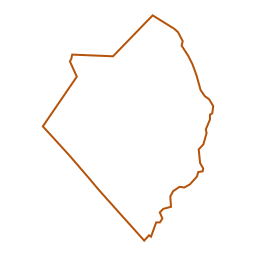 outline of Robeson, North Carolina, United States of America
{"feature_id": "52423323B67039522895977", "entity_name": "Robeson", "entity_type": "district", "adm_level": 2, "iso_a3": "USA", "parent_name": "United States of America", "parent_adm1": "North Carolina", "projection": "equal_earth", "projection_center": [-79.076, 34.626], "detail": "fine", "context": "isolated", "style": "outline", "palette": "amber", "viewbox_px": 256, "rotation_deg": 0, "n_neighbors": 0, "source": "geoboundaries", "source_scale": "gbopen_adm2", "svg_char_len": 915}
<svg xmlns="http://www.w3.org/2000/svg" viewBox="0 0 256 256"><path d="M152.7,15.4L150.5,17.6L146.5,21.7L119.4,49.7L113.0,56.3L72.4,54.6L72.2,54.6L71.3,58.9L69.9,61.4L76.8,76.7L42.8,126.4L42.8,126.5L43.2,126.8L45.8,129.6L69.6,155.7L76.6,163.8L78.3,165.7L78.7,166.3L83.0,171.2L88.2,177.3L97.8,188.7L99.0,190.1L106.6,198.6L106.7,198.8L111.0,203.5L112.8,205.5L113.1,205.9L123.3,217.3L125.5,219.7L144.2,240.6L149.0,235.3L151.0,236.7L156.2,222.4L159.9,222.4L162.4,218.5L159.8,212.4L163.2,208.9L171.0,206.8L170.3,196.4L173.2,191.1L179.6,186.8L184.3,187.5L189.9,184.4L196.9,176.6L198.3,172.0L202.7,171.3L203.2,168.5L200.1,163.0L198.7,149.4L203.4,144.3L206.6,133.0L205.8,129.4L209.9,119.7L210.0,114.7L212.3,113.3L213.2,106.1L209.1,99.2L204.9,96.3L200.6,90.1L196.5,75.3L192.4,64.1L188.2,55.8L181.6,45.6L182.7,41.3L182.7,41.2L182.6,40.9L178.1,32.3L174.4,28.9L152.7,15.4Z" fill="none" stroke="#b45309" stroke-width="2"/></svg>